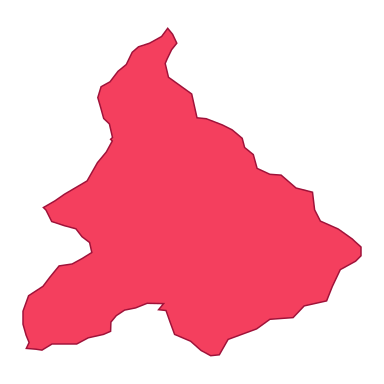 Alassa, Limassol, Cyprus (Robinson projection), rotated 270°
{"feature_id": "46923920B84762043089048", "entity_name": "Alassa", "entity_type": "district", "adm_level": 2, "iso_a3": "CYP", "parent_name": "Cyprus", "parent_adm1": "Limassol", "projection": "robinson", "projection_center": [32.925, 34.757], "detail": "fine", "context": "isolated", "style": "filled", "palette": "rose", "viewbox_px": 384, "rotation_deg": 270, "n_neighbors": 0, "source": "geoboundaries", "source_scale": "gbopen_adm2", "svg_char_len": 1303}
<svg xmlns="http://www.w3.org/2000/svg" viewBox="0 0 384 384"><g transform="rotate(270 192 192)"><path d="M176.5,43.4L173.9,46.0L162.5,51.7L158.3,64.4L155.2,75.9L147.3,82.0L141.5,89.6L131.5,91.8L125.5,82.2L120.0,72.1L118.1,59.1L106.7,49.8L97.7,43.0L88.3,28.6L72.8,23.0L59.8,23.0L48.8,26.1L41.5,29.1L35.6,26.3L34.8,35.9L33.9,42.0L40.0,52.0L40.0,63.9L40.0,76.7L46.2,88.3L49.6,103.5L52.7,110.6L61.9,110.9L68.4,116.3L73.9,124.6L76.1,135.6L80.7,147.1L80.4,163.6L74.3,158.6L73.5,166.0L61.9,170.1L49.6,174.6L42.8,190.6L33.5,201.1L28.3,210.7L29.2,219.3L44.6,228.1L55.1,256.6L64.7,269.9L66.4,293.1L78.1,304.2L83.1,326.6L91.7,330.0L97.7,332.4L114.4,340.3L122.8,355.6L128.2,361.0L137.0,361.0L142.6,354.8L145.0,352.3L155.0,338.2L162.9,320.4L174.2,314.6L191.8,312.5L196.0,296.0L208.9,281.1L209.7,269.9L215.6,257.1L229.4,253.3L236.5,244.6L245.7,242.2L254.1,232.2L259.1,222.3L265.3,206.2L266.2,197.0L290.0,191.7L300.9,176.6L306.7,168.5L320.5,165.2L325.2,167.2L334.3,171.6L340.8,176.8L349.7,172.6L355.7,167.7L347.5,161.6L340.8,149.5L337.2,138.5L331.7,132.2L319.5,126.3L312.7,118.0L302.2,110.0L297.3,101.1L286.4,97.8L276.4,100.7L265.5,103.7L260.1,109.4L246.5,112.5L244.7,110.6L243.0,112.3L232.0,106.3L221.4,97.5L203.1,87.1L189.8,64.5L183.0,54.7L176.5,43.4Z" fill="#f43f5e" stroke="#9f1239" stroke-width="1.5"/></g></svg>